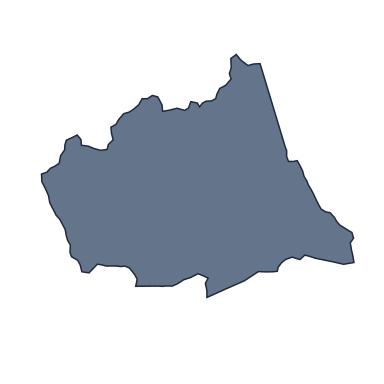 Ibicaraí, Bahia, Brazil, rotated 162°
{"feature_id": "56859067B48342412707100", "entity_name": "Ibicaraí", "entity_type": "district", "adm_level": 2, "iso_a3": "BRA", "parent_name": "Brazil", "parent_adm1": "Bahia", "projection": "mercator", "projection_center": [-39.566, -14.85], "detail": "fine", "context": "isolated", "style": "filled", "palette": "slate", "viewbox_px": 384, "rotation_deg": 162, "n_neighbors": 0, "source": "geoboundaries", "source_scale": "gbopen_adm2", "svg_char_len": 1839}
<svg xmlns="http://www.w3.org/2000/svg" viewBox="0 0 384 384"><g transform="rotate(162 192 192)"><path d="M59.8,74.9L58.8,81.1L58.3,86.9L57.2,94.7L52.6,98.2L52.4,104.1L55.3,107.2L61.7,115.0L63.5,119.2L64.3,123.6L67.1,129.7L71.0,131.8L74.5,135.9L75.5,140.8L76.4,147.0L77.1,152.8L78.0,157.8L79.1,162.5L79.4,167.1L80.6,172.1L80.3,178.2L81.3,184.6L82.3,189.3L86.5,189.8L90.8,191.3L91.0,196.6L89.2,202.0L89.4,206.3L87.6,293.0L93.8,294.7L99.7,295.0L104.7,302.2L107.4,309.1L113.8,307.0L116.3,298.0L119.9,293.1L119.9,287.4L126.9,283.1L133.6,281.9L137.8,277.7L140.6,273.5L145.2,272.6L150.6,274.0L154.6,273.3L158.4,270.7L159.5,275.1L165.2,278.3L169.3,273.0L173.8,271.9L180.3,276.3L188.1,276.8L195.0,277.8L193.6,284.1L195.2,293.1L199.9,296.1L205.4,294.5L210.7,296.1L215.6,291.5L221.4,289.0L227.0,287.4L232.7,287.6L239.3,283.6L243.4,279.8L249.1,278.7L250.4,272.8L250.9,266.0L256.8,263.1L259.7,258.7L266.1,259.9L271.8,263.7L276.4,267.6L282.7,270.6L281.4,276.3L283.6,281.7L289.3,280.8L295.6,280.1L298.5,275.7L300.1,271.4L305.7,267.2L309.4,260.4L314.5,258.9L319.4,258.3L324.2,255.6L329.6,255.6L331.6,248.1L330.3,239.8L329.6,232.8L330.6,225.8L329.6,219.6L328.4,211.9L326.1,206.7L325.1,200.6L324.2,195.4L325.1,188.9L325.2,184.3L324.1,179.1L326.7,172.4L326.6,167.7L321.9,162.5L320.9,157.3L321.4,150.2L315.0,146.9L309.8,149.7L304.3,152.6L300.1,150.5L296.6,148.1L292.5,146.9L287.3,145.2L283.1,143.2L278.6,142.2L275.0,139.0L272.1,131.4L271.1,126.0L274.7,119.7L253.6,113.1L249.3,111.4L245.2,110.5L239.7,108.6L233.8,109.3L227.0,111.1L219.8,111.1L211.5,112.4L206.6,108.3L203.3,105.1L207.5,101.0L208.3,93.7L210.4,87.1L190.2,89.3L169.4,91.4L153.5,95.8L146.2,93.1L139.9,91.2L135.4,90.2L133.3,93.8L128.8,97.0L123.7,98.9L116.9,99.1L110.2,94.4L104.2,97.1L99.9,94.4L95.5,91.1L80.7,82.7L70.1,76.4L59.8,74.9Z" fill="#64748b" stroke="#1e293b" stroke-width="1.5"/></g></svg>